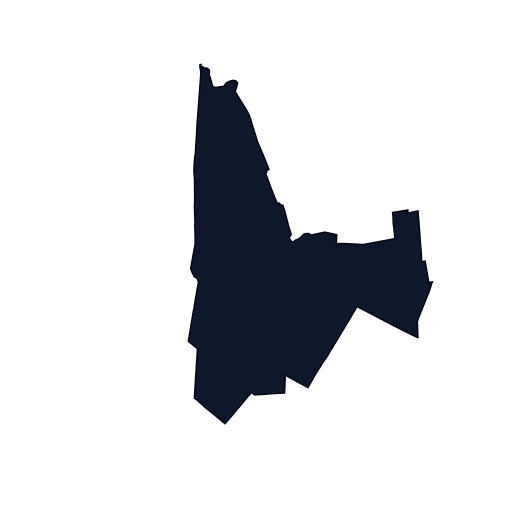 the district of Dobra, Dâmbovita, Romania, rotated 314°
{"feature_id": "2599482B42866178812340", "entity_name": "Dobra", "entity_type": "district", "adm_level": 2, "iso_a3": "ROU", "parent_name": "Romania", "parent_adm1": "Dâmbovita", "projection": "robinson", "projection_center": [25.711, 44.799], "detail": "fine", "context": "isolated", "style": "filled", "palette": "ink", "viewbox_px": 512, "rotation_deg": 314, "n_neighbors": 0, "source": "geoboundaries", "source_scale": "gbopen_adm2", "svg_char_len": 5350}
<svg xmlns="http://www.w3.org/2000/svg" viewBox="0 0 512 512"><g transform="rotate(314 256 256)"><path d="M309.8,429.1L321.0,417.5L324.1,416.1L331.4,413.1L334.3,411.9L336.2,411.1L338.3,410.3L343.2,408.3L344.9,407.6L350.3,405.5L358.7,401.3L359.9,400.8L356.9,398.8L369.8,381.2L367.0,379.2L369.7,376.3L371.9,373.9L374.3,371.3L377.1,368.0L384.5,359.7L385.5,358.6L385.8,358.3L386.9,357.1L391.8,351.6L393.3,349.9L401.0,341.2L392.5,335.5L394.6,333.3L394.4,333.1L384.6,325.9L382.2,324.0L380.2,326.5L375.5,331.3L365.0,343.9L348.1,331.9L338.6,325.0L326.5,311.1L320.7,305.0L324.0,302.2L327.4,299.4L325.3,295.8L320.8,288.8L314.4,284.5L312.9,283.5L312.8,283.4L309.4,281.2L309.0,280.6L309.0,279.6L309.0,279.1L308.7,278.2L307.9,277.4L307.1,276.7L306.0,275.8L304.9,275.2L303.4,275.1L302.2,275.2L300.9,275.2L298.2,274.8L297.5,274.6L296.1,274.1L295.5,273.7L294.5,273.3L292.9,273.2L292.1,272.8L290.9,272.3L291.8,268.2L293.0,266.8L294.3,266.7L294.8,266.7L295.2,266.6L295.5,266.5L295.9,266.3L296.2,265.9L298.6,261.5L300.0,258.9L301.2,257.0L301.9,255.7L302.9,254.3L303.2,253.7L303.3,253.5L303.5,253.2L304.5,251.7L304.8,251.1L304.9,250.8L305.2,250.6L306.9,247.6L308.0,246.0L308.1,245.8L309.2,243.7L309.5,243.2L311.1,240.4L311.2,240.2L310.7,239.5L310.5,239.3L310.2,238.9L309.9,238.5L309.5,238.0L309.3,237.8L309.9,237.7L310.1,237.6L310.1,237.2L310.2,236.6L310.2,236.3L310.1,236.0L310.0,235.8L309.9,235.6L309.5,235.4L309.2,235.3L309.0,235.2L308.8,235.1L308.6,234.9L311.9,227.1L312.3,226.3L314.0,222.5L315.9,218.5L316.8,216.6L318.9,212.3L320.8,208.3L321.4,207.0L322.2,205.4L322.7,205.6L323.1,205.6L323.5,205.5L323.7,205.0L324.2,204.8L324.9,204.6L325.2,204.7L325.4,204.6L325.8,204.6L326.5,204.8L327.3,205.1L330.0,199.3L331.2,196.6L332.7,193.2L334.4,189.2L337.5,181.9L339.4,177.4L342.4,172.0L347.1,163.4L350.7,157.0L352.4,153.7L352.7,153.0L353.6,150.4L354.8,146.3L359.7,127.0L367.7,122.6L367.9,119.5L366.5,117.6L364.6,116.3L362.6,115.3L360.7,114.6L359.3,114.3L358.1,114.6L357.0,115.0L355.8,114.8L354.7,114.1L353.1,112.9L352.2,112.2L351.4,111.8L350.8,111.1L348.7,109.4L348.4,108.9L348.3,108.3L348.0,107.8L347.9,107.4L348.1,106.7L348.6,105.6L350.8,102.2L353.3,97.7L353.9,96.5L355.0,95.4L355.8,94.8L356.3,94.4L356.6,94.0L357.1,93.5L357.3,93.1L357.3,92.5L357.2,92.0L357.3,91.6L357.2,90.5L356.5,89.6L356.2,89.2L355.9,88.8L355.4,88.4L354.3,87.5L354.5,87.3L355.2,87.0L355.3,86.8L355.2,86.1L355.0,85.7L354.7,85.7L354.4,85.9L354.1,85.8L353.9,85.5L353.5,85.2L353.5,84.9L354.1,84.4L354.3,84.0L354.6,83.7L355.2,83.7L355.6,83.6L355.6,83.4L355.5,83.2L355.1,83.1L354.8,83.1L354.6,82.9L352.9,84.4L350.9,87.4L348.9,89.6L326.2,108.5L311.1,121.0L309.2,122.6L306.0,125.4L302.3,128.7L294.8,135.0L294.7,135.1L291.7,137.6L287.7,141.2L284.4,143.3L277.6,149.1L273.9,152.4L270.6,156.1L269.1,157.7L267.7,159.3L267.1,159.9L266.7,160.2L266.2,160.7L265.8,161.1L265.3,161.6L263.2,163.7L261.2,165.6L259.9,166.9L258.6,168.3L258.3,168.6L255.4,171.2L255.0,171.6L253.4,173.3L253.1,173.5L250.2,176.2L249.8,176.6L249.6,176.7L249.4,176.8L249.0,177.1L248.6,177.4L248.5,177.6L248.3,177.9L237.1,189.4L236.5,189.9L235.4,190.8L233.9,192.4L233.1,193.2L222.7,203.6L222.3,203.8L221.6,204.4L214.3,209.2L204.6,215.7L203.2,216.6L201.8,217.7L201.5,217.8L201.2,218.2L201.1,218.6L199.6,222.1L199.2,223.4L198.5,225.0L198.2,225.9L198.2,226.1L198.5,227.1L198.8,228.0L198.9,228.5L199.0,228.8L199.0,229.1L198.9,229.5L198.7,230.0L198.4,230.5L197.7,231.9L197.1,232.7L196.8,233.1L196.3,233.4L192.2,236.1L190.5,237.2L189.4,238.0L188.8,238.4L183.3,242.1L177.3,246.2L175.5,247.7L175.3,247.8L175.1,247.9L174.0,248.5L173.4,248.8L148.6,265.9L147.8,266.6L147.7,266.6L148.2,273.1L148.7,278.2L148.6,278.4L148.2,278.6L146.3,280.3L145.4,281.0L144.9,281.5L142.0,284.0L139.2,286.3L137.4,287.9L134.3,290.4L131.8,292.6L131.0,293.3L130.3,293.8L129.8,294.3L127.9,295.9L125.0,298.4L122.2,300.8L120.0,302.7L116.8,305.4L115.1,306.9L112.1,309.4L111.0,310.5L111.6,315.7L111.4,316.1L111.8,322.4L111.6,322.7L112.2,329.6L112.4,332.7L112.5,332.8L113.3,343.2L113.8,350.2L116.8,350.0L121.6,349.8L125.9,349.5L128.4,349.3L130.1,349.2L130.8,349.1L133.0,348.9L133.3,348.9L133.6,348.9L134.0,348.9L134.5,348.9L136.4,348.8L137.9,348.7L142.6,348.3L144.8,348.1L146.8,348.0L147.0,348.0L153.3,347.6L154.7,347.6L154.8,348.2L155.1,351.4L155.4,351.7L157.5,353.6L159.8,355.8L162.4,358.2L162.6,358.4L164.8,360.3L166.8,362.0L169.5,364.5L170.9,365.7L173.4,368.1L175.8,370.3L176.1,370.6L177.0,371.5L177.3,371.7L186.9,363.2L190.6,360.0L191.4,362.8L191.9,364.5L193.1,369.0L193.9,372.2L195.1,376.4L196.0,379.6L197.0,383.3L197.3,384.6L197.4,384.8L198.3,384.6L208.9,381.8L213.8,380.6L220.0,379.4L221.7,379.0L223.2,378.6L224.4,378.4L226.1,378.1L228.3,377.7L231.0,377.3L233.6,376.8L235.4,376.5L235.6,376.4L235.9,376.3L237.4,375.9L239.1,375.5L241.3,375.0L242.1,374.9L243.1,374.6L244.4,374.3L245.0,374.2L245.9,373.9L246.7,373.7L249.1,373.3L250.4,373.0L254.3,372.1L259.1,371.0L262.5,370.2L268.5,368.8L273.5,367.7L274.8,367.4L277.8,366.7L280.6,366.0L284.3,365.1L286.8,364.5L288.3,364.1L289.1,363.9L289.9,363.7L289.9,363.9L290.0,364.6L291.1,368.1L291.8,370.4L293.4,375.9L294.7,380.1L296.1,385.2L297.6,390.3L297.7,390.5L297.9,390.8L298.1,391.6L298.6,393.6L299.1,395.1L299.7,397.3L300.2,398.8L301.0,401.7L302.1,405.3L302.9,408.0L304.0,411.5L305.2,415.5L305.7,416.8L306.6,419.8L307.3,421.9L308.3,425.1L309.2,427.7L309.5,428.7L309.8,429.1Z" fill="#0f172a" stroke="#020617" stroke-width="1.5"/></g></svg>